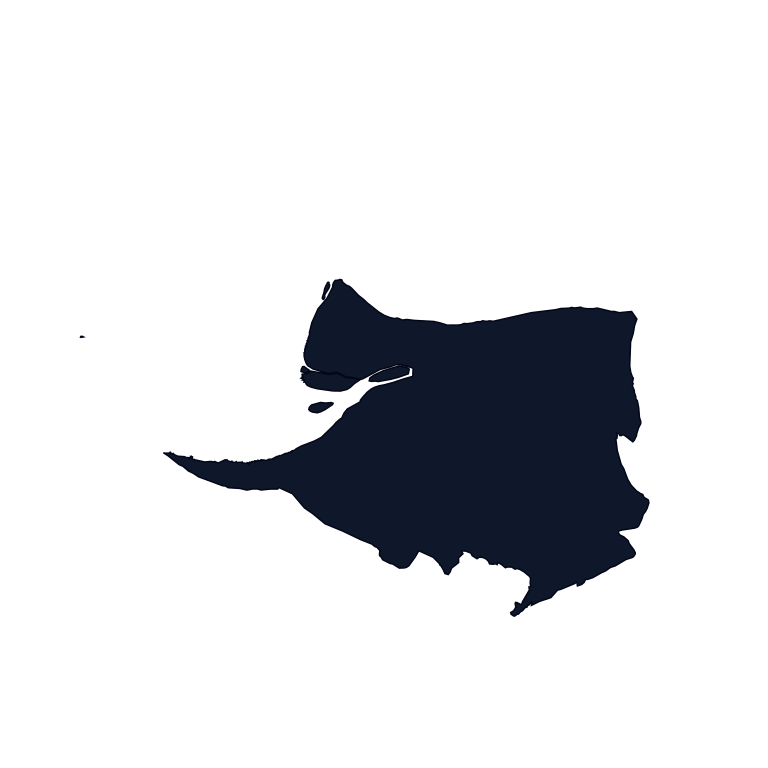 outline of Rokan Hilir, Riau, Indonesia, rotated 293°
{"feature_id": "22746128B71759944188311", "entity_name": "Rokan Hilir", "entity_type": "district", "adm_level": 2, "iso_a3": "IDN", "parent_name": "Indonesia", "parent_adm1": "Riau", "projection": "natural_earth1", "projection_center": [100.629, 2.071], "detail": "fine", "context": "isolated", "style": "filled", "palette": "ink", "viewbox_px": 768, "rotation_deg": 293, "n_neighbors": 0, "source": "geoboundaries", "source_scale": "gbopen_adm2", "svg_char_len": 6171}
<svg xmlns="http://www.w3.org/2000/svg" viewBox="0 0 768 768"><g transform="rotate(293 384 384)"><path d="M542.6,591.4L547.5,583.6L541.6,572.7L540.7,567.3L539.7,565.4L537.2,550.6L535.1,547.2L532.5,541.0L531.5,537.1L531.6,535.1L528.4,529.6L527.8,526.8L526.0,524.5L522.6,517.3L519.3,512.7L507.2,491.7L484.5,460.2L483.3,456.3L481.8,454.1L480.6,449.8L479.3,448.9L477.8,445.5L474.8,441.8L471.6,436.2L471.5,435.2L470.5,433.3L468.8,432.0L466.9,428.5L462.9,419.2L462.2,411.9L461.0,405.3L454.4,387.1L452.3,379.8L450.1,376.0L450.0,370.6L448.3,367.9L447.5,363.6L447.3,357.5L448.2,351.2L452.1,336.9L453.8,332.5L455.6,325.8L459.5,316.9L460.3,314.2L460.3,310.8L461.2,307.3L461.7,306.1L463.4,304.4L462.9,302.3L461.7,301.3L460.4,298.7L458.7,298.1L455.8,298.0L452.8,298.9L440.5,298.0L427.5,293.9L412.3,293.6L401.9,295.3L401.9,295.8L400.6,296.1L396.2,296.3L395.6,296.9L393.8,296.3L393.6,297.0L390.2,296.8L388.8,297.7L388.1,296.9L387.1,297.7L386.1,297.3L382.0,298.6L381.3,298.2L381.2,298.8L378.9,299.3L375.5,301.6L372.5,304.5L371.1,306.6L370.1,313.0L371.7,327.3L372.5,329.9L375.7,334.8L376.6,337.4L375.7,345.9L378.5,355.4L379.0,360.7L380.8,362.7L395.9,374.8L401.8,382.5L406.3,387.4L408.3,391.4L409.2,395.4L409.9,404.6L402.3,407.5L396.2,399.9L388.9,391.7L383.3,384.5L380.2,379.9L377.1,376.4L374.2,374.1L369.7,371.7L364.0,369.7L359.9,368.6L358.2,369.0L346.7,360.0L341.7,358.6L335.8,358.4L335.0,357.5L330.0,355.0L325.8,353.7L310.4,347.2L304.1,342.0L295.1,332.6L290.3,328.6L288.0,327.5L286.5,325.4L285.6,326.0L285.3,324.6L284.3,324.2L283.6,322.8L282.8,322.6L281.5,320.3L277.7,317.0L277.3,315.8L275.7,314.5L275.7,313.9L271.0,310.1L270.2,308.2L269.5,307.9L269.5,307.3L269.0,307.4L269.0,306.7L268.5,306.6L267.6,305.3L266.8,302.1L266.4,301.8L266.5,301.1L266.1,300.6L265.8,300.9L265.9,300.2L264.8,299.9L264.6,298.2L264.1,298.0L264.3,297.5L263.3,296.9L263.0,295.6L262.3,295.7L262.6,295.0L261.9,294.8L261.0,292.7L259.9,292.1L259.6,291.0L259.0,291.1L258.3,289.7L257.7,290.3L258.1,288.8L257.1,288.4L256.2,284.9L256.6,284.2L256.1,284.3L256.3,283.4L254.3,279.3L254.8,278.2L253.6,277.7L253.3,276.7L253.0,274.9L253.5,274.2L252.8,274.0L252.6,273.4L252.2,270.8L252.9,269.0L252.3,268.4L252.2,267.4L246.5,262.3L246.5,258.4L245.9,258.3L245.0,254.7L242.2,249.5L240.3,239.4L240.5,238.7L239.9,237.8L240.1,236.7L242.1,236.2L242.1,235.7L241.7,235.7L242.1,234.9L241.0,234.7L241.6,234.4L241.6,234.2L240.7,234.5L240.4,234.1L240.0,234.6L239.4,234.0L239.8,232.7L238.9,230.2L239.2,228.9L237.0,222.4L237.0,218.9L237.7,217.0L236.6,216.4L236.5,215.8L237.8,214.1L237.5,213.7L236.8,214.0L234.8,209.6L234.5,207.8L233.5,213.5L229.7,227.0L229.7,231.0L227.5,238.0L227.3,243.2L226.1,249.6L227.3,275.3L228.1,277.7L227.7,281.2L231.5,292.0L232.8,299.3L236.1,304.2L237.9,308.5L238.4,312.3L242.9,320.5L245.8,327.2L247.6,327.6L247.2,342.6L238.8,359.3L236.9,368.7L232.3,384.3L232.5,403.8L231.6,423.2L231.9,435.5L230.8,439.1L230.9,441.5L229.0,445.3L225.0,446.5L224.1,447.3L223.9,448.5L221.7,451.5L221.2,459.6L221.7,462.6L220.5,470.0L222.6,474.5L224.0,476.3L226.3,477.9L236.9,480.3L244.1,481.2L243.7,497.1L240.3,505.2L239.4,506.0L239.8,506.2L236.3,511.0L233.3,514.2L233.7,517.6L236.9,518.3L240.8,518.1L248.8,522.5L253.1,520.6L258.6,523.0L260.6,520.4L262.1,524.5L262.3,530.0L260.4,532.3L259.5,537.9L261.9,539.5L263.0,543.1L262.8,546.4L261.6,549.4L259.6,551.5L260.9,555.3L262.0,556.5L262.0,558.8L264.2,558.4L263.8,562.6L262.3,567.5L263.8,569.2L265.4,573.1L264.7,577.0L265.5,577.7L266.2,579.1L266.4,581.6L265.8,586.3L263.8,592.9L262.5,594.8L257.9,596.3L254.8,598.2L253.8,596.7L251.2,598.3L237.6,596.6L234.8,596.8L234.5,595.3L234.8,591.6L234.4,590.9L234.1,591.2L234.2,590.4L233.2,590.5L230.2,592.4L228.5,592.4L225.7,591.8L223.1,589.9L221.7,591.0L221.1,594.4L222.0,595.4L223.8,596.3L224.8,597.7L227.4,598.5L229.3,600.0L233.5,601.4L234.5,602.8L236.0,602.7L237.4,603.9L241.2,604.8L241.5,605.1L237.8,606.2L244.5,611.9L252.6,621.1L262.1,624.3L263.9,626.8L274.8,637.5L276.5,638.5L276.4,639.4L273.7,640.9L276.7,644.3L279.5,645.7L282.8,645.9L283.9,648.0L287.5,652.0L295.2,657.9L298.5,661.0L303.6,664.1L306.9,667.9L317.1,675.4L321.2,680.2L322.6,681.2L325.6,681.7L326.9,681.2L329.1,678.6L333.0,671.9L335.1,670.1L337.0,664.4L337.1,660.5L338.2,658.3L340.3,657.3L342.5,660.0L349.4,671.2L351.4,673.3L353.2,673.9L360.0,674.1L365.4,673.6L368.7,674.5L372.3,674.8L378.0,674.3L380.5,672.7L381.3,667.6L383.4,665.3L383.4,662.7L384.3,658.0L387.3,651.2L391.5,645.5L399.8,637.7L402.6,633.8L413.9,624.7L422.3,619.9L423.2,618.9L424.9,619.6L427.7,618.9L429.4,617.7L429.9,616.5L429.7,618.0L430.2,619.1L428.7,621.4L429.3,622.7L430.7,623.6L430.5,626.3L428.0,635.6L430.1,636.4L435.4,636.6L436.5,636.1L442.8,635.5L447.8,635.8L449.7,635.1L453.1,632.2L461.9,627.6L467.5,623.8L468.8,621.6L470.9,620.6L473.9,617.9L476.0,616.8L479.5,613.2L481.6,613.3L482.6,612.0L486.7,611.3L487.7,609.8L491.1,606.6L496.5,603.2L519.0,594.6L528.1,593.6L535.9,591.8L542.6,591.4ZM363.7,309.5L361.3,305.1L360.6,305.7L360.4,305.1L359.6,305.8L359.0,305.4L359.2,305.7L359.1,306.0L358.7,305.2L358.8,306.6L357.6,306.8L357.4,306.2L357.1,306.8L356.9,306.4L356.8,308.3L356.2,307.9L356.6,308.8L355.7,308.7L355.8,309.4L355.4,309.8L354.5,309.7L354.8,310.3L354.5,311.4L353.2,312.8L352.7,314.5L352.7,318.6L353.6,324.6L357.6,339.5L360.5,346.7L364.4,351.9L367.4,354.1L373.1,356.7L377.6,359.7L378.0,358.4L377.7,355.4L375.1,346.3L375.6,336.9L371.4,330.0L367.4,312.1L363.7,309.5ZM407.4,401.5L407.9,400.7L407.9,397.9L407.3,393.7L406.3,390.9L404.1,387.9L395.9,378.1L388.7,371.6L384.2,368.7L381.1,369.1L381.4,371.3L383.4,375.1L383.9,377.6L390.9,388.3L395.9,394.8L402.9,402.4L407.4,401.5ZM333.5,324.4L331.1,324.7L330.2,326.8L330.2,329.0L331.4,333.8L333.7,336.6L337.3,339.7L345.0,344.7L346.4,344.7L346.3,342.6L343.7,337.8L342.2,332.8L336.4,325.5L333.5,324.4ZM452.4,292.1L448.2,292.2L444.2,293.1L439.7,293.4L438.8,293.7L438.0,295.0L438.9,295.6L440.9,295.6L442.2,294.7L444.8,294.8L450.6,295.9L453.8,295.4L455.0,293.9L455.9,293.7L456.0,293.0L455.5,292.5L454.5,292.2L453.3,292.7L452.4,292.1ZM368.1,302.3L365.3,302.1L363.2,302.6L363.1,304.0L363.7,306.6L364.8,308.9L367.3,310.3L368.9,303.4L368.1,302.3ZM309.3,86.3L308.5,86.3L308.5,86.9L309.9,89.0L310.0,87.5L309.3,86.3Z" fill="#0f172a" stroke="#020617" stroke-width="1.5"/></g></svg>